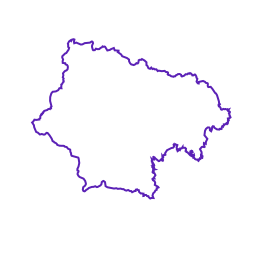 the district of Mandoto, Vakinankaratra, Madagascar, rotated 23°
{"feature_id": "10022922B69129581267436", "entity_name": "Mandoto", "entity_type": "district", "adm_level": 2, "iso_a3": "MDG", "parent_name": "Madagascar", "parent_adm1": "Vakinankaratra", "projection": "mercator", "projection_center": [46.306, -19.727], "detail": "fine", "context": "isolated", "style": "outline", "palette": "violet", "viewbox_px": 256, "rotation_deg": 23, "n_neighbors": 0, "source": "geoboundaries", "source_scale": "gbopen_adm2", "svg_char_len": 5799}
<svg xmlns="http://www.w3.org/2000/svg" viewBox="0 0 256 256"><g transform="rotate(23 128 128)"><path d="M217.5,81.2L216.8,81.2L216.2,80.2L217.6,79.2L218.2,78.2L217.2,77.1L216.7,77.1L216.1,75.9L215.3,75.3L215.7,74.0L215.4,73.3L214.7,73.1L214.1,73.5L213.3,73.1L213.5,71.6L213.1,72.0L212.3,71.8L211.9,72.4L210.3,72.4L209.3,73.1L208.2,73.2L207.3,74.5L206.3,74.5L205.2,73.2L203.5,72.2L203.1,72.5L202.5,71.8L202.3,71.2L203.1,70.7L203.3,70.2L202.1,69.5L201.3,68.0L197.1,63.0L195.4,61.8L194.5,61.7L190.4,59.0L188.0,57.8L186.3,58.8L185.6,58.8L184.9,58.0L184.3,56.2L183.7,55.7L181.9,56.0L180.8,55.4L178.7,55.4L175.2,57.9L175.7,59.4L175.0,59.6L174.0,59.2L173.0,58.5L172.6,55.6L171.3,54.9L170.8,53.9L169.1,52.6L168.3,52.8L167.8,53.9L166.8,54.4L166.5,54.0L165.5,53.9L165.1,53.3L163.6,53.2L163.1,54.2L162.1,54.2L161.5,55.5L160.0,56.0L159.3,57.8L157.5,59.5L156.9,59.4L156.1,58.3L154.5,58.1L152.9,58.9L152.7,59.5L151.6,60.6L151.3,61.9L150.2,62.4L150.0,63.0L147.4,63.5L146.3,63.1L144.2,63.4L143.5,63.0L143.5,61.8L143.1,61.3L142.4,61.2L140.9,61.6L139.4,61.1L136.9,62.5L133.9,63.2L133.1,64.0L131.2,62.9L129.7,63.6L128.5,63.3L127.5,64.2L125.8,63.3L125.2,64.9L123.5,65.0L121.4,63.1L120.4,62.9L119.3,60.3L116.8,59.4L113.9,59.1L113.5,60.1L112.3,60.5L111.4,61.4L112.0,63.9L111.7,64.8L110.4,65.0L110.0,66.3L108.7,67.8L106.1,68.2L104.5,67.5L102.9,66.1L102.2,64.6L99.7,64.0L94.6,64.2L93.0,63.0L89.0,62.1L89.3,61.1L89.1,60.5L85.4,61.7L83.7,59.9L81.5,62.1L80.8,63.2L78.7,64.7L75.2,62.2L74.5,62.2L73.8,62.8L72.7,62.8L72.4,64.0L71.5,64.9L70.7,66.6L68.9,67.4L67.5,67.5L67.0,69.3L65.6,70.0L65.1,69.8L63.1,67.3L62.7,66.0L62.7,63.6L62.0,62.7L61.2,62.4L60.7,62.6L59.6,64.3L55.0,66.8L53.4,68.8L52.0,69.6L47.0,69.6L45.4,71.0L44.5,69.7L44.1,67.5L43.3,67.5L41.9,68.5L41.7,70.1L40.9,69.7L39.9,71.4L39.7,73.9L40.4,74.7L41.2,76.7L42.5,77.2L42.7,79.0L41.9,83.1L41.0,84.0L39.5,87.6L39.9,88.8L41.5,90.3L41.7,92.0L42.5,93.6L44.9,92.9L45.6,93.8L47.3,93.8L48.4,94.6L49.0,95.8L49.4,97.6L48.9,99.0L47.9,99.9L47.4,100.9L46.8,103.1L47.9,104.7L48.2,106.9L49.4,107.6L49.5,109.0L50.5,109.9L50.7,110.6L50.3,111.1L50.2,113.0L49.6,114.1L50.3,115.3L50.4,116.3L51.2,117.4L49.3,118.2L49.0,120.4L47.3,122.5L44.5,124.1L43.9,126.1L44.3,129.9L45.7,133.5L49.2,138.1L48.8,138.9L49.5,140.0L48.9,140.5L48.8,141.0L48.3,140.9L47.1,141.9L46.7,142.9L44.2,145.0L44.0,147.2L43.5,147.2L43.6,148.3L42.9,148.8L42.8,149.4L43.3,149.6L42.6,151.1L43.4,153.3L42.8,154.1L43.1,154.8L40.4,156.4L38.6,156.9L38.2,159.3L37.6,160.4L40.3,162.2L41.4,164.0L45.0,167.5L46.8,167.5L49.4,168.4L51.0,167.2L53.2,167.0L54.0,166.4L54.9,164.3L55.9,164.0L58.5,165.3L61.9,167.6L63.8,169.6L64.8,169.5L66.0,170.1L67.1,170.0L68.6,170.4L69.5,171.2L72.1,171.0L75.6,169.6L76.3,169.5L76.9,169.9L79.0,169.5L80.9,170.5L83.2,170.5L84.3,172.5L85.4,173.4L86.1,174.8L87.0,175.6L93.7,174.7L94.3,175.1L96.8,179.2L97.5,182.8L97.4,185.5L98.0,186.8L98.7,186.7L99.3,187.0L99.5,187.9L99.3,189.2L99.6,190.2L100.9,191.3L102.5,192.0L106.9,192.0L109.3,193.5L110.9,195.5L111.2,196.4L111.0,197.9L109.9,200.0L110.5,202.4L111.6,203.4L112.7,203.3L113.1,202.9L113.6,201.5L114.8,199.8L115.4,198.5L117.7,196.4L119.3,195.6L120.6,194.4L122.3,194.6L123.0,194.2L125.1,191.6L125.5,190.2L125.0,188.0L125.7,186.7L126.2,186.3L128.0,186.8L130.1,190.3L132.2,190.6L138.8,189.2L140.8,188.0L142.4,188.0L144.8,186.7L146.6,186.5L147.8,186.0L149.4,186.4L150.9,186.3L152.4,185.0L154.4,185.3L155.5,184.8L156.9,185.5L158.7,183.4L159.6,183.0L159.3,181.7L160.4,180.9L161.3,181.3L162.2,181.0L163.2,182.5L165.3,183.3L166.4,182.7L167.0,182.8L167.9,182.4L168.7,184.6L169.2,184.3L169.4,183.2L170.9,182.6L172.1,183.2L173.4,182.8L174.1,183.6L176.0,184.2L177.1,183.1L178.8,182.5L177.0,180.7L176.7,178.3L177.5,176.6L177.6,174.9L178.6,173.6L177.9,172.3L179.3,170.8L178.7,170.4L174.9,169.9L174.5,167.9L173.3,166.6L171.4,166.3L170.4,165.4L170.6,164.9L172.0,164.2L171.2,163.7L171.7,160.7L169.9,159.2L168.9,159.5L167.9,159.0L168.6,157.6L168.2,157.1L167.6,157.3L167.4,156.5L169.0,155.5L167.3,155.4L167.5,154.3L167.3,154.0L166.1,154.2L166.4,154.9L165.5,154.4L165.4,153.7L166.1,154.0L166.7,153.6L166.5,153.0L165.8,153.0L166.7,152.2L166.0,151.3L164.6,151.3L164.3,150.9L164.5,150.3L163.6,149.6L163.1,149.7L162.6,148.8L162.7,148.0L162.2,147.4L163.0,147.7L163.1,147.3L164.2,146.9L162.6,144.9L162.8,144.6L164.0,144.7L165.0,145.3L169.2,146.5L169.8,146.1L170.8,143.8L172.3,144.7L172.8,144.6L172.8,143.8L171.7,142.7L171.9,141.3L171.5,141.0L171.0,141.2L170.5,140.2L171.3,140.7L171.6,138.7L172.5,138.5L172.9,138.0L172.0,136.7L172.6,133.2L175.7,129.6L177.2,128.5L177.7,126.8L176.5,125.6L176.7,124.9L177.3,125.4L178.1,124.4L179.1,124.8L179.6,124.4L180.1,124.4L180.4,127.2L181.2,127.8L181.4,128.8L181.9,128.9L182.7,129.9L183.1,129.3L183.0,127.9L184.4,128.1L184.4,127.3L184.0,126.5L185.4,125.8L185.7,124.1L186.1,124.9L188.2,123.9L189.5,124.4L190.0,126.6L190.6,126.5L191.2,127.3L192.2,127.1L194.8,128.3L194.8,127.3L195.2,126.9L194.5,125.2L195.3,124.1L196.1,124.1L196.9,125.0L196.1,125.8L196.2,128.0L196.6,128.9L197.9,129.0L198.0,128.4L197.6,127.5L198.0,127.3L199.1,128.0L199.3,127.1L199.7,127.7L199.4,129.1L199.8,129.9L200.6,129.6L201.9,130.4L203.3,130.4L204.8,129.6L205.3,130.6L205.7,130.7L206.0,127.8L206.8,128.0L207.0,126.7L208.0,126.5L207.6,124.8L206.8,124.6L206.1,125.1L205.5,123.8L206.0,123.2L205.1,121.4L202.5,119.3L203.3,116.7L203.8,116.2L205.6,115.8L205.9,115.4L204.2,113.3L203.8,112.2L205.8,112.2L205.1,110.3L205.3,107.0L201.2,104.8L200.0,100.5L200.1,98.4L201.1,96.4L202.4,95.8L203.4,96.2L204.3,98.1L205.8,98.5L205.8,96.7L205.1,94.3L205.4,93.2L206.4,93.0L207.3,94.0L210.4,94.5L212.6,93.8L212.7,93.0L214.0,92.7L214.5,92.2L214.0,90.9L214.1,89.5L214.8,89.6L214.6,89.0L215.3,88.2L214.8,87.2L216.2,86.5L216.7,85.2L217.7,85.7L218.0,85.2L218.0,84.6L217.6,84.5L217.7,83.5L217.3,82.7L217.6,82.5L217.5,81.7L218.4,81.8L217.5,81.2Z" fill="none" stroke="#5b21b6" stroke-width="2"/></g></svg>